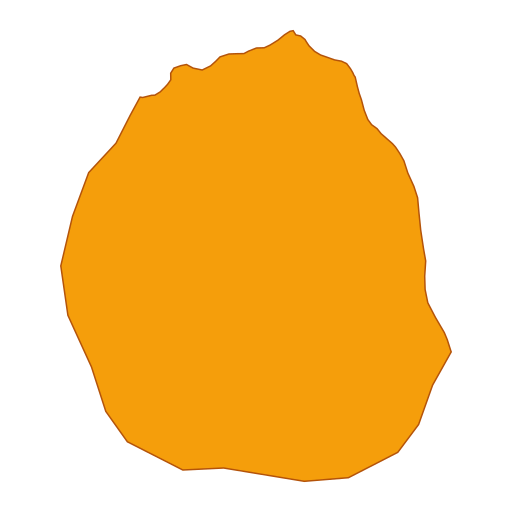 Mota, Vanuatu (Equal Earth projection)
{"feature_id": "77236927B83033077011178", "entity_name": "Mota", "entity_type": "district", "adm_level": 2, "iso_a3": "VUT", "parent_name": "Vanuatu", "parent_adm1": "", "projection": "equal_earth", "projection_center": [167.698, -13.846], "detail": "fine", "context": "isolated", "style": "filled", "palette": "amber", "viewbox_px": 512, "rotation_deg": 0, "n_neighbors": 0, "source": "geoboundaries", "source_scale": "gbopen_adm2", "svg_char_len": 1183}
<svg xmlns="http://www.w3.org/2000/svg" viewBox="0 0 512 512"><path d="M116.0,143.2L88.7,172.6L72.5,216.4L60.8,265.9L67.9,315.3L91.5,367.0L105.8,411.4L127.4,441.8L182.8,470.0L223.6,468.0L255.7,473.3L304.3,481.3L348.4,477.7L397.8,452.3L418.6,424.5L432.6,385.1L451.2,351.9L450.7,350.5L447.3,339.8L444.3,332.6L435.4,317.4L427.8,302.8L425.1,289.5L424.7,276.2L425.7,261.0L423.6,249.2L422.3,240.7L420.7,230.1L419.0,213.3L417.6,197.8L413.9,186.4L407.8,173.0L403.9,160.8L399.9,153.7L395.6,147.2L392.5,143.7L386.7,138.6L381.0,133.6L377.1,128.7L371.6,124.7L367.8,119.5L364.2,110.3L361.4,99.7L359.2,93.4L357.4,86.7L356.0,80.6L355.2,77.1L354.0,75.4L352.8,72.7L350.4,68.6L346.7,63.7L341.5,61.2L334.5,59.9L326.4,57.0L320.6,55.0L314.6,51.4L309.0,45.8L306.2,41.6L305.0,39.5L300.7,36.0L295.8,34.9L293.2,30.7L290.0,31.3L284.5,34.8L277.9,40.2L270.0,45.1L264.2,47.8L256.4,48.0L248.6,51.1L243.9,53.6L237.3,53.7L228.9,54.0L220.0,56.9L215.8,61.2L210.6,65.9L202.2,70.0L193.1,68.1L186.5,64.5L180.7,65.7L173.9,68.1L170.7,73.2L170.8,79.8L167.6,84.3L164.5,87.7L163.3,88.8L160.2,91.9L154.8,95.2L151.6,95.3L142.7,97.5L140.1,97.1L130.1,115.5L116.0,143.2Z" fill="#f59e0b" stroke="#b45309" stroke-width="1.5"/></svg>